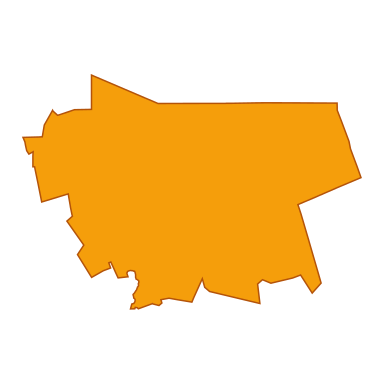 outline of Nogales, Sonora, Mexico
{"feature_id": "50627088B60868873287779", "entity_name": "Nogales", "entity_type": "district", "adm_level": 2, "iso_a3": "MEX", "parent_name": "Mexico", "parent_adm1": "Sonora", "projection": "equal_earth", "projection_center": [-111.044, 31.194], "detail": "fine", "context": "isolated", "style": "filled", "palette": "amber", "viewbox_px": 384, "rotation_deg": 0, "n_neighbors": 0, "source": "geoboundaries", "source_scale": "gbopen_adm2", "svg_char_len": 3083}
<svg xmlns="http://www.w3.org/2000/svg" viewBox="0 0 384 384"><path d="M337.1,103.1L296.8,102.9L266.9,102.8L265.9,102.8L265.2,102.8L256.3,102.9L231.4,103.3L230.1,103.3L228.8,103.3L228.3,103.3L227.5,103.3L227.1,103.3L226.4,103.3L226.2,103.3L225.5,103.4L225.2,103.4L224.9,103.4L224.6,103.4L224.1,103.4L223.7,103.4L223.4,103.4L223.1,103.4L222.9,103.4L222.7,103.4L222.3,103.4L222.2,103.4L221.8,103.4L221.6,103.4L221.4,103.4L221.2,103.4L220.8,103.4L220.7,103.4L220.3,103.4L219.8,103.4L219.0,103.4L218.9,103.4L218.3,103.4L217.8,103.4L217.2,103.4L216.9,103.4L216.6,103.4L216.1,103.4L215.6,103.4L215.2,103.4L214.3,103.4L214.2,103.4L213.7,103.4L213.4,103.4L213.1,103.4L212.4,103.4L211.6,103.4L210.9,103.4L210.6,103.4L210.4,103.4L210.2,103.4L209.5,103.4L208.2,103.4L158.0,103.5L145.6,98.2L145.3,98.1L91.5,75.1L91.5,109.4L74.5,109.7L59.3,114.8L57.6,115.3L52.9,111.0L52.6,110.3L44.3,125.0L42.3,136.8L38.6,137.0L34.3,137.1L23.0,137.4L24.9,141.9L25.6,145.8L26.7,150.7L28.9,154.1L33.1,151.8L32.9,156.2L32.9,166.8L34.6,166.8L35.2,169.9L38.0,183.4L41.7,202.0L68.2,193.9L70.2,205.4L70.5,207.4L71.7,213.3L71.9,214.3L72.4,216.2L72.1,216.5L66.9,221.1L83.8,245.1L77.5,254.6L91.6,277.4L103.4,270.7L110.6,268.0L108.8,262.8L110.8,262.0L113.9,268.7L115.4,272.1L118.1,277.9L128.0,276.8L126.8,273.0L127.0,272.7L127.3,272.2L127.5,271.7L127.9,271.3L128.2,271.1L128.8,270.9L129.5,270.7L130.1,270.5L130.5,270.5L130.9,270.5L131.2,270.6L131.4,270.6L132.0,270.7L132.5,270.7L132.8,270.7L133.0,270.8L133.4,271.0L133.5,271.1L134.0,271.2L134.5,271.2L134.6,271.5L134.9,271.9L135.1,272.5L135.3,273.0L135.3,273.6L135.4,273.9L135.6,274.5L135.6,275.0L135.6,275.8L135.6,277.0L135.6,277.5L135.9,278.2L136.0,278.6L136.1,279.1L136.8,279.4L137.2,279.6L137.5,279.8L137.8,280.0L138.0,280.2L138.3,280.5L138.5,280.6L138.7,280.9L138.8,281.1L138.8,281.5L138.8,281.8L138.8,282.2L138.8,282.6L138.6,282.9L138.6,283.2L138.4,283.4L138.3,283.8L138.4,284.1L138.4,284.5L138.4,284.8L138.5,285.2L138.5,285.6L138.4,286.0L138.2,286.3L137.9,286.7L137.5,287.0L137.4,287.4L137.3,287.7L137.2,288.0L137.0,288.5L136.9,288.8L136.8,289.1L136.7,289.5L136.5,289.9L136.3,290.2L135.6,291.1L135.4,291.6L134.9,292.2L134.5,293.0L134.1,293.4L133.8,293.7L133.5,294.0L133.3,294.2L133.1,294.4L133.1,294.7L133.2,295.3L133.4,296.0L133.6,296.8L133.7,297.5L133.7,298.0L134.0,298.2L134.3,298.5L134.6,298.7L134.8,299.0L135.1,299.5L135.1,300.2L135.1,300.9L134.8,301.9L134.3,302.7L133.9,303.4L132.9,303.7L131.8,304.0L130.5,308.9L134.8,308.8L135.2,307.4L137.3,307.7L138.3,308.8L152.3,303.7L152.3,303.8L159.0,305.5L161.9,303.0L160.9,299.7L169.0,298.2L177.4,299.7L191.9,302.1L193.9,297.3L202.3,278.7L204.7,287.3L209.6,291.5L259.9,303.5L257.6,284.0L262.5,279.7L270.9,283.2L292.7,278.0L298.8,275.7L299.9,275.3L300.6,275.0L312.2,293.1L321.1,283.1L319.7,278.2L318.8,275.1L318.5,274.0L309.4,242.7L308.7,240.2L306.6,233.1L301.0,214.0L298.7,207.0L297.9,204.6L316.5,196.7L320.3,195.0L321.9,194.4L322.9,193.9L337.8,187.4L361.0,177.6L357.1,166.6L354.7,160.2L350.5,148.9L349.0,141.4L341.9,122.4L337.2,110.2L337.2,107.1L337.1,103.1Z" fill="#f59e0b" stroke="#b45309" stroke-width="1.5"/></svg>